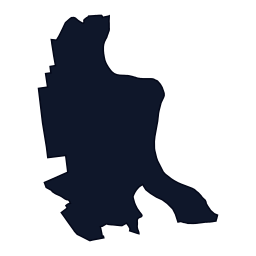 Giurgeni, Ialomita, Romania
{"feature_id": "2599482B95773019331943", "entity_name": "Giurgeni", "entity_type": "district", "adm_level": 2, "iso_a3": "ROU", "parent_name": "Romania", "parent_adm1": "Ialomita", "projection": "albers", "projection_center": [27.835, 44.741], "detail": "fine", "context": "isolated", "style": "filled", "palette": "ink", "viewbox_px": 256, "rotation_deg": 0, "n_neighbors": 0, "source": "geoboundaries", "source_scale": "gbopen_adm2", "svg_char_len": 5192}
<svg xmlns="http://www.w3.org/2000/svg" viewBox="0 0 256 256"><path d="M178.0,222.0L180.5,221.5L180.8,221.5L181.5,221.7L182.1,221.8L183.1,222.2L183.9,222.4L184.0,222.4L184.3,222.4L186.1,222.8L187.2,223.1L187.8,223.3L189.8,223.3L192.8,223.4L195.3,223.3L196.2,223.2L197.3,223.1L198.0,223.0L198.9,222.9L199.6,222.8L202.2,222.5L203.6,222.3L205.9,222.0L206.1,222.0L206.3,222.0L206.5,222.1L207.4,222.0L208.1,221.9L209.8,221.9L210.5,221.8L212.3,221.6L214.0,221.3L216.0,221.0L216.1,220.4L216.2,219.7L216.3,219.5L216.4,219.1L216.6,218.8L216.6,218.7L217.2,216.3L217.5,215.1L214.3,213.8L210.6,210.5L207.6,206.1L206.1,203.4L206.0,202.2L205.2,200.3L203.7,198.9L202.2,197.5L200.9,195.7L198.3,192.9L196.5,191.5L194.4,189.6L191.9,188.3L181.1,184.2L177.9,182.8L174.2,180.8L171.1,178.8L165.3,174.3L163.2,172.0L157.5,160.8L156.4,157.6L154.7,150.5L154.4,148.3L154.3,141.4L154.8,136.5L157.6,121.2L158.5,113.0L159.1,110.1L161.0,102.7L163.5,97.4L163.9,96.3L164.1,95.7L164.1,94.4L164.1,93.7L163.9,92.7L163.6,91.8L162.1,87.5L160.5,84.7L159.7,83.6L158.3,82.1L157.8,81.4L156.7,80.6L156.3,80.7L156.1,80.5L154.7,79.8L154.3,79.6L154.2,79.5L154.1,79.4L153.6,79.2L153.3,79.1L153.2,79.1L152.2,78.9L151.8,78.9L150.8,78.8L150.6,78.8L150.4,78.8L149.9,78.8L149.7,78.8L149.1,78.8L148.5,78.8L147.9,78.8L144.6,78.8L143.3,78.8L142.8,78.8L142.6,78.8L141.9,78.7L140.9,78.7L140.6,78.7L140.1,78.6L139.7,78.5L138.7,78.4L137.1,78.1L136.9,78.0L135.2,77.5L135.2,77.4L134.4,77.2L133.8,77.1L133.6,77.0L132.4,76.6L129.7,76.0L128.8,75.8L128.7,75.8L127.3,75.6L126.9,75.6L125.7,75.6L125.0,75.5L122.0,75.4L120.1,75.3L119.8,75.3L119.2,75.2L118.8,75.1L116.9,74.8L116.4,74.6L116.2,74.5L116.0,74.4L114.9,74.0L114.2,73.7L112.4,72.3L112.1,72.1L110.8,70.7L109.5,69.0L108.5,67.6L107.8,66.5L107.7,66.3L106.8,64.8L106.1,63.5L106.0,63.2L105.9,63.1L104.9,60.5L104.5,59.0L104.5,58.7L104.3,57.9L104.2,57.5L104.0,56.3L104.0,56.2L103.5,53.2L103.5,52.8L103.3,50.8L103.3,50.6L103.3,50.3L103.3,48.1L103.3,47.8L103.3,47.1L103.3,46.8L103.4,46.1L103.6,44.4L104.0,43.1L104.0,42.8L104.2,42.3L104.7,41.0L104.9,40.7L105.1,40.3L105.4,39.6L105.7,39.0L106.1,38.3L106.2,38.2L106.7,37.2L107.0,36.3L107.1,35.8L107.4,35.0L107.6,34.5L107.7,34.3L107.7,34.2L108.0,33.3L108.2,33.0L108.2,32.9L108.2,32.7L109.0,30.7L109.1,30.1L109.2,28.8L109.1,27.6L109.1,26.9L109.1,25.8L109.1,25.5L109.1,24.7L109.1,23.6L109.0,21.3L109.0,20.9L109.1,18.5L109.2,16.5L109.2,16.1L109.2,15.9L109.0,16.0L108.7,16.0L108.2,16.2L107.8,16.3L105.4,16.8L104.4,17.0L102.7,17.4L102.5,17.5L102.5,17.4L102.4,17.2L102.3,16.5L102.2,16.4L102.0,16.0L101.8,15.7L101.6,15.5L101.5,15.4L101.4,15.4L101.2,15.4L100.5,15.4L99.8,15.4L99.6,15.4L97.8,15.5L97.2,15.6L96.9,15.6L95.6,15.6L93.8,15.8L88.6,16.1L88.5,16.3L88.4,16.5L88.2,16.8L88.0,17.0L87.7,17.2L87.4,17.4L86.8,17.7L86.4,17.9L85.5,18.7L84.5,19.4L84.3,19.6L84.2,19.7L84.1,19.9L84.0,20.1L83.9,20.3L83.9,20.5L83.9,21.0L84.0,21.4L84.0,21.6L84.1,21.8L84.0,22.0L84.0,22.3L83.9,22.5L83.8,22.8L83.6,22.9L83.5,23.1L83.4,23.2L83.3,23.3L83.2,23.3L82.9,23.3L82.7,23.2L80.9,22.3L80.5,22.1L79.0,21.1L78.2,20.6L77.7,20.2L77.0,19.6L76.5,19.1L76.1,18.9L75.8,18.5L75.6,18.3L75.2,18.1L74.9,17.9L74.2,17.7L73.9,17.6L73.6,17.6L73.3,17.5L72.3,17.7L71.9,17.7L71.7,17.7L71.4,17.7L69.9,18.8L65.5,22.7L64.1,25.6L62.6,28.8L60.3,33.5L58.5,37.0L58.3,37.2L57.1,39.2L56.8,39.7L56.4,40.0L55.9,40.1L51.3,39.6L51.5,40.6L51.7,41.9L51.8,42.9L52.0,44.5L52.4,46.9L53.4,53.3L53.7,55.4L55.5,65.6L50.1,66.5L50.9,72.9L45.6,73.6L47.6,87.1L38.5,88.4L42.6,123.0L46.5,147.0L47.8,157.6L65.7,155.4L67.8,172.2L48.2,180.9L44.4,182.5L46.2,187.4L51.5,190.3L52.4,191.6L55.1,193.4L55.8,193.8L60.5,195.9L61.1,196.3L61.7,196.6L64.9,198.8L66.6,199.6L68.7,199.9L68.8,200.3L69.1,200.7L69.5,201.2L70.4,203.3L68.9,203.7L68.7,203.8L68.2,204.0L67.9,204.1L67.4,204.4L65.9,205.6L67.4,208.0L61.3,212.6L64.2,216.6L68.0,222.0L74.1,230.5L74.4,231.1L77.0,234.0L77.3,234.3L80.6,235.9L89.8,240.6L90.1,240.6L90.3,240.5L92.7,239.9L96.4,239.2L98.8,238.8L99.1,238.7L103.8,237.8L103.4,236.2L102.3,236.4L101.6,232.8L100.3,226.6L102.0,226.2L102.4,226.2L102.6,226.1L102.8,225.9L104.7,224.8L105.0,224.6L106.4,223.9L106.6,223.8L106.9,223.8L107.1,223.8L107.3,223.9L107.7,224.2L107.9,224.3L108.1,224.3L108.5,224.4L111.4,224.7L111.6,224.7L112.2,224.7L113.3,224.8L120.0,225.5L121.6,225.6L121.8,225.6L122.0,225.6L122.3,225.4L122.5,225.3L122.7,225.2L126.5,223.1L127.3,224.2L128.7,226.1L128.9,226.4L129.2,227.0L129.6,227.9L129.7,228.1L130.0,228.3L130.1,228.6L129.7,230.8L130.1,230.9L137.4,233.3L138.9,233.7L138.9,233.4L138.8,232.8L138.7,232.1L138.5,231.6L138.2,230.7L137.9,230.1L137.7,229.5L137.4,228.5L137.3,228.0L137.2,227.2L137.1,226.4L137.2,225.0L137.3,224.5L137.3,223.9L137.3,223.2L137.3,222.5L137.2,221.3L137.2,220.5L137.3,219.9L137.5,219.2L137.7,218.8L137.8,218.5L138.1,218.3L138.4,218.0L139.9,217.2L140.6,217.0L141.2,216.7L141.6,216.3L141.8,216.0L141.9,215.8L141.9,215.5L141.9,215.2L141.2,214.1L140.1,212.7L139.5,212.0L139.0,211.2L138.5,210.5L138.0,209.8L137.6,209.3L137.2,208.7L135.3,204.9L134.4,202.6L133.1,197.8L133.0,196.3L133.7,194.6L134.7,192.5L136.2,190.1L137.6,188.4L139.2,186.7L142.6,184.4L145.9,189.7L150.5,193.3L156.4,197.0L162.3,199.7L167.3,203.4L172.8,208.9L175.5,214.2L178.0,222.0Z" fill="#0f172a" stroke="#020617" stroke-width="1.5"/></svg>